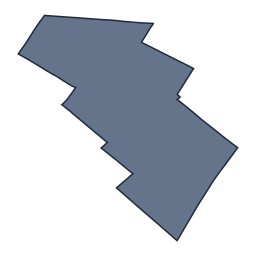 Ghergheasa, Buzau, Romania (Robinson projection)
{"feature_id": "2599482B37895514994023", "entity_name": "Ghergheasa", "entity_type": "district", "adm_level": 2, "iso_a3": "ROU", "parent_name": "Romania", "parent_adm1": "Buzau", "projection": "robinson", "projection_center": [27.182, 45.278], "detail": "fine", "context": "isolated", "style": "filled", "palette": "slate", "viewbox_px": 256, "rotation_deg": 0, "n_neighbors": 0, "source": "geoboundaries", "source_scale": "gbopen_adm2", "svg_char_len": 2860}
<svg xmlns="http://www.w3.org/2000/svg" viewBox="0 0 256 256"><path d="M116.6,187.9L117.6,188.8L121.3,192.1L137.3,206.1L155.2,221.6L159.2,225.0L167.4,232.2L167.5,232.2L168.3,233.0L172.0,236.1L173.1,237.2L175.9,239.6L177.1,240.6L177.4,240.1L178.8,237.8L179.5,236.7L181.0,234.0L182.4,231.7L185.0,227.2L186.7,224.3L187.5,223.0L189.0,220.4L189.6,219.5L191.3,216.5L193.1,213.5L193.5,212.8L193.5,212.6L194.5,211.0L195.4,209.6L196.5,207.6L197.5,206.0L198.7,204.0L199.3,203.0L200.7,200.9L201.5,199.6L205.0,194.1L207.3,190.4L210.0,186.3L210.5,185.4L211.6,183.4L214.7,178.8L215.9,177.2L218.3,173.9L219.8,171.7L224.2,166.0L226.7,162.6L228.5,160.2L230.8,157.1L233.1,154.0L237.7,147.7L236.2,146.6L233.8,144.8L230.1,142.0L228.5,140.8L226.4,139.2L223.1,136.6L219.4,133.6L216.2,131.0L213.4,128.8L211.5,127.3L209.8,126.0L208.2,124.7L204.9,122.2L203.8,121.3L202.4,120.2L201.3,119.3L194.5,113.4L194.4,113.4L193.4,112.5L192.5,111.7L191.4,110.9L182.3,103.5L180.2,101.8L178.4,100.4L177.5,99.7L177.2,99.6L178.9,98.2L179.8,97.3L180.0,97.1L180.1,96.9L179.9,96.6L179.5,96.3L177.4,94.6L177.3,94.4L177.6,93.8L182.0,86.9L186.9,79.1L188.6,76.4L189.6,74.8L193.6,68.5L191.3,67.4L182.5,62.9L179.4,61.4L167.5,55.4L153.6,48.4L147.8,45.5L146.4,44.8L144.7,43.9L142.7,43.0L141.6,42.4L142.4,40.8L143.0,39.8L144.9,36.8L145.4,36.1L146.6,34.0L148.2,31.4L148.7,30.5L149.1,29.7L150.5,27.7L151.0,27.0L152.0,25.5L152.2,25.3L152.8,24.4L153.1,24.0L153.4,23.5L153.4,23.4L153.0,23.4L152.8,23.4L151.7,23.3L150.4,23.3L148.7,23.2L148.1,23.2L146.8,23.1L146.5,23.1L146.1,23.1L143.9,23.0L142.5,22.9L140.4,22.8L139.7,22.7L136.7,22.5L135.8,22.4L134.0,22.3L124.0,21.4L116.7,20.6L112.2,20.2L105.9,19.8L102.4,19.6L102.2,19.6L101.2,19.5L100.2,19.5L99.2,19.4L86.0,18.4L75.2,17.6L70.4,17.3L65.0,16.9L48.0,15.7L44.4,15.4L43.9,16.3L40.5,20.9L40.2,21.2L34.5,29.5L28.0,39.8L26.8,41.6L26.5,42.1L25.8,43.2L25.7,43.3L25.6,43.5L24.9,44.5L20.4,50.8L20.4,51.0L20.2,51.1L19.7,51.9L19.0,52.9L18.3,53.9L18.6,54.2L19.0,54.4L21.1,55.5L22.1,56.1L27.6,59.2L40.5,66.9L46.9,70.9L51.7,73.7L56.6,76.4L63.1,80.6L68.6,84.0L72.0,86.0L74.7,87.2L75.6,87.5L71.5,93.5L70.1,95.3L69.2,96.5L66.7,100.0L64.4,102.3L62.5,104.1L61.8,104.7L62.0,104.8L62.8,105.4L63.6,106.0L64.0,106.4L64.3,106.7L64.6,106.9L64.7,107.0L64.9,107.1L65.1,107.3L65.3,107.5L65.6,107.7L66.4,108.4L67.2,109.0L67.7,109.4L68.2,109.7L69.2,110.5L69.7,110.8L69.9,111.0L70.1,111.1L70.3,111.3L71.0,112.0L71.9,112.9L72.7,113.6L74.1,114.7L74.9,115.4L78.5,118.4L80.3,119.9L81.1,120.6L81.4,120.8L82.4,121.6L84.8,123.7L89.2,127.4L91.5,129.3L92.5,130.1L95.1,132.4L97.0,133.9L102.1,138.2L103.9,139.7L107.1,142.2L107.4,142.4L107.3,142.5L106.7,143.0L105.7,143.9L104.3,145.2L101.1,148.0L107.7,153.2L114.5,158.7L117.3,160.9L122.3,165.1L129.8,171.2L132.9,173.6L126.6,179.2L125.2,180.4L125.1,180.5L123.9,181.5L117.7,186.8L116.5,187.8L116.6,187.9Z" fill="#64748b" stroke="#1e293b" stroke-width="1.5"/></svg>